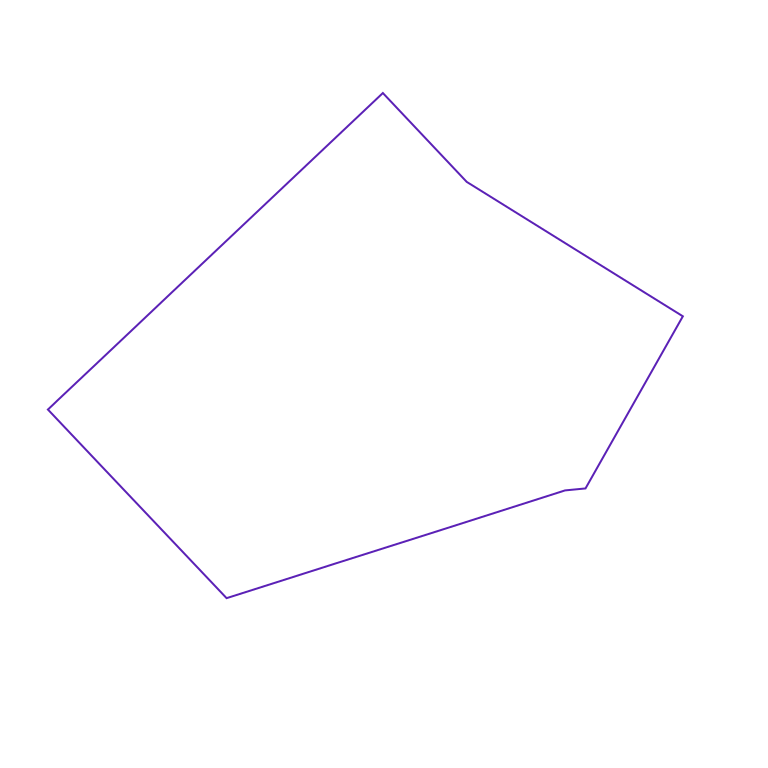 outline of Coober Pedy, South Australia, Australia, rotated 136°
{"feature_id": "25037944B54111637534658", "entity_name": "Coober Pedy", "entity_type": "district", "adm_level": 2, "iso_a3": "AUS", "parent_name": "Australia", "parent_adm1": "South Australia", "projection": "robinson", "projection_center": [134.769, -29.011], "detail": "fine", "context": "isolated", "style": "outline", "palette": "violet", "viewbox_px": 768, "rotation_deg": 136, "n_neighbors": 0, "source": "geoboundaries", "source_scale": "gbopen_adm2", "svg_char_len": 394}
<svg xmlns="http://www.w3.org/2000/svg" viewBox="0 0 768 768"><g transform="rotate(136 384 384)"><path d="M544.4,289.0L443.9,239.1L327.7,181.7L311.6,168.9L122.0,225.1L153.4,349.8L184.1,471.9L182.7,594.1L474.1,597.3L515.2,597.7L571.5,598.3L629.8,599.0L634.7,599.0L636.4,599.0L643.5,599.1L644.3,521.8L646.0,339.3L572.5,302.9L544.4,289.0Z" fill="none" stroke="#5b21b6" stroke-width="2"/></g></svg>